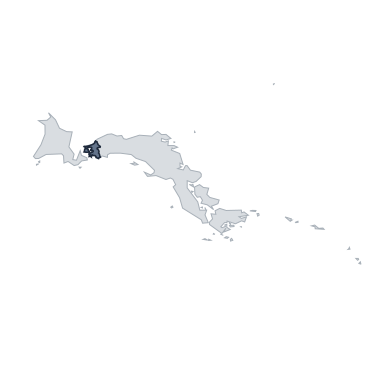 Aomori on a map of Japan (Equal Earth projection), rotated 254°
{"feature_id": "JPN-1863", "entity_name": "Aomori", "entity_type": "Prefecture", "adm_level": 1, "iso_a3": "JPN", "parent_name": "Japan", "parent_adm1": "", "projection": "equal_earth", "projection_center": [140.822, 40.879], "detail": "fine", "context": "in_parent", "style": "filled", "palette": "slate", "viewbox_px": 384, "rotation_deg": 254, "n_neighbors": 0, "source": "natural_earth", "source_scale": "10m", "svg_char_len": 7076}
<svg xmlns="http://www.w3.org/2000/svg" viewBox="0 0 384 384"><g transform="rotate(254 192 192)"><path d="M260.4,99.8L265.5,101.1L265.3,109.8L268.9,115.4L270.7,126.6L270.0,130.8L266.5,135.3L265.7,140.0L262.1,140.9L260.7,143.4L261.1,157.1L256.8,168.8L259.8,175.6L255.6,178.5L254.5,182.9L249.3,186.5L249.2,181.4L251.9,177.5L249.3,176.5L247.4,179.9L247.6,183.4L243.3,181.6L241.6,187.5L239.0,190.5L238.7,185.7L239.8,185.0L237.9,183.7L232.4,190.8L220.9,191.0L223.1,188.4L220.0,187.6L219.0,189.0L218.4,184.7L215.6,189.7L219.1,193.0L218.8,194.5L213.4,196.5L209.0,204.9L206.7,205.9L204.2,205.0L201.0,198.8L200.8,195.0L204.2,190.5L197.3,188.5L180.9,194.8L172.4,194.5L170.5,201.1L166.4,198.2L158.0,199.2L159.1,193.6L162.7,193.3L179.1,178.5L189.9,178.5L202.1,175.3L203.5,178.3L209.4,177.2L211.4,175.1L211.2,170.4L217.7,162.0L219.3,153.5L224.2,151.7L219.8,157.0L221.0,160.8L223.2,161.9L234.1,155.7L239.9,147.4L244.7,144.0L249.1,133.8L251.8,124.1L251.1,121.1L248.6,120.2L251.3,115.8L250.9,110.5L254.0,108.2L255.0,103.3L257.4,103.7L258.6,108.4L262.2,107.8L263.4,103.6L259.1,104.5L259.1,103.0L260.4,99.8ZM288.1,66.7L296.8,69.1L302.9,64.1L300.9,72.4L303.0,76.9L307.7,75.9L299.0,80.7L289.8,82.2L284.6,88.1L282.8,93.4L269.3,86.1L260.9,89.1L256.0,86.3L254.4,89.7L262.5,95.9L257.7,95.8L253.9,100.4L251.6,100.2L252.3,94.5L249.7,89.9L249.9,86.0L255.5,81.3L255.1,76.9L262.3,78.5L264.6,77.2L268.3,62.1L266.5,53.8L267.3,50.7L269.9,49.4L279.0,59.8L288.1,66.7ZM160.4,204.3L165.8,204.3L164.0,208.8L167.6,209.0L168.6,214.1L164.8,219.8L161.0,234.4L158.3,234.0L158.5,236.5L154.1,239.8L155.3,230.3L153.0,232.2L153.1,237.5L148.7,234.4L150.6,231.7L149.5,225.0L154.4,217.7L153.0,217.2L153.6,214.8L150.6,210.1L149.4,211.1L149.7,214.6L151.3,214.5L151.4,216.6L148.5,215.7L145.4,218.4L144.8,211.7L147.9,214.6L143.9,209.3L155.9,199.9L158.3,200.6L160.4,204.3ZM189.1,194.2L196.1,195.8L197.0,201.3L193.2,204.2L191.1,209.1L185.6,205.6L181.9,207.6L176.8,215.9L173.6,213.7L173.0,206.7L169.1,207.9L175.5,203.1L178.7,197.6L181.2,199.8L185.2,198.7L185.5,195.6L189.1,194.2ZM126.4,300.8L122.1,303.8L121.3,307.9L119.7,308.7L122.7,300.3L124.7,300.6L126.5,297.6L126.4,300.8ZM236.8,144.5L233.3,147.6L233.6,144.3L236.1,141.2L235.6,144.4L236.8,144.5ZM142.4,274.6L138.8,280.1L136.8,278.3L142.4,274.6ZM148.5,223.1L147.2,222.9L147.9,219.1L149.5,218.8L148.5,223.1ZM199.1,195.0L196.4,194.9L200.0,191.5L198.9,193.5L199.1,195.0ZM153.0,250.2L151.2,250.2L150.7,248.5L153.3,248.5L153.0,250.2ZM143.6,191.6L141.3,193.9L143.4,189.6L143.6,191.6ZM156.6,248.4L155.7,247.7L157.9,242.4L157.7,245.0L156.6,248.4ZM134.2,215.5L135.9,215.8L136.5,217.3L134.3,217.9L134.2,215.5ZM142.0,195.0L140.4,196.9L140.8,194.6L142.0,195.0ZM78.5,334.6L76.3,334.5L76.3,334.1L77.4,332.7L78.5,334.6ZM184.0,169.2L182.6,169.5L182.3,168.0L183.3,167.4L184.0,169.2ZM138.4,214.7L137.7,213.2L139.0,210.7L139.6,212.6L138.4,214.7ZM83.0,331.2L82.3,333.5L81.2,333.6L80.7,332.4L83.0,331.2ZM134.7,285.8L133.7,285.7L133.9,283.3L134.4,283.1L134.7,285.8ZM263.8,54.2L262.4,53.8L262.3,53.2L263.4,52.8L263.8,54.2ZM152.5,219.1L150.7,220.5L150.2,219.9L152.5,219.1ZM246.4,92.2L245.7,90.9L247.0,90.4L246.4,92.2ZM171.1,200.6L172.2,200.1L173.6,200.1L171.1,200.6ZM261.5,50.1L261.3,52.4L260.7,49.9L261.5,50.1ZM143.1,208.6L141.7,210.1L143.8,207.6L143.1,208.6ZM95.4,328.0L93.5,328.1L93.8,326.1L94.3,327.1L95.4,328.0ZM146.2,201.2L145.1,202.4L145.6,200.8L146.2,201.2ZM193.0,191.7L192.2,193.2L191.6,191.9L193.0,191.7ZM137.7,279.4L137.4,280.4L137.0,279.1L137.7,279.4ZM245.1,188.4L244.7,189.6L244.5,188.4L245.1,188.4ZM145.2,229.8L144.3,230.1L145.2,229.2L145.2,229.8ZM174.7,196.6L174.7,197.9L173.8,197.7L174.7,196.6ZM249.5,211.2L248.5,211.5L248.5,210.8L249.5,211.2ZM273.4,300.0L273.5,301.4L272.9,299.9L273.4,300.0Z" fill="#d9dde1" stroke="#a8b0b8" stroke-width="1"/><path d="M250.6,113.6L250.6,113.0L250.6,112.4L250.6,112.1L250.5,111.8L250.3,111.6L250.0,111.6L249.8,111.5L249.8,111.3L250.0,111.1L250.2,110.9L250.5,110.8L250.6,110.5L250.8,110.4L250.9,110.2L251.1,109.9L251.2,109.6L251.6,109.2L251.9,109.3L252.1,109.5L252.4,109.5L252.6,109.5L252.7,109.3L253.1,109.0L253.3,109.1L253.6,109.0L253.7,108.9L253.9,108.7L254.1,107.9L254.2,107.1L254.3,106.8L254.3,106.5L254.3,106.3L254.4,105.9L254.5,106.2L254.6,106.3L254.8,106.3L255.0,106.4L254.9,106.1L254.9,105.9L255.0,105.9L255.1,105.7L254.9,105.8L254.6,105.8L254.6,105.7L254.4,105.7L254.4,105.3L254.4,105.2L254.2,104.8L254.0,104.7L253.8,104.7L253.6,104.7L254.0,104.4L254.2,104.5L254.4,104.3L254.4,104.0L254.5,103.8L254.4,103.7L254.5,103.2L254.5,102.9L254.7,103.0L254.9,103.1L255.1,103.2L255.2,103.4L255.5,103.7L255.7,103.9L256.0,103.9L256.2,103.7L256.4,103.4L256.6,103.3L257.0,103.4L257.4,103.8L257.5,104.0L257.5,104.4L257.4,104.8L257.4,105.1L257.5,105.3L257.5,105.7L257.6,106.1L257.8,107.6L258.1,108.1L258.6,108.4L259.0,108.3L259.4,108.0L259.6,107.7L259.8,107.3L259.7,107.3L259.7,107.1L259.8,107.0L259.7,106.9L259.6,107.0L259.5,106.9L259.6,106.7L259.8,106.5L259.7,106.5L259.8,106.4L259.9,106.1L260.1,106.1L260.2,106.3L260.4,106.3L260.5,106.4L260.6,106.5L260.8,106.8L260.8,107.1L261.1,107.2L261.4,107.3L261.5,107.3L261.7,107.5L261.8,107.7L261.9,107.8L262.1,107.9L262.3,107.9L262.5,107.8L262.6,107.7L262.8,107.4L263.2,106.4L263.3,106.0L263.4,105.2L263.5,105.0L263.4,104.9L263.5,104.7L263.7,104.3L263.7,103.9L263.5,103.5L263.3,103.2L263.0,102.8L262.8,102.7L262.6,102.7L262.5,102.9L262.4,103.0L262.5,103.1L262.1,103.5L261.9,103.5L261.7,103.7L261.6,103.9L261.4,103.9L261.1,103.7L260.9,103.8L260.8,103.7L260.7,103.8L260.5,104.0L260.1,104.0L259.9,104.1L259.7,104.1L259.3,104.4L259.2,104.6L258.7,104.4L258.7,103.9L258.7,103.7L258.8,103.6L258.9,103.2L259.0,102.7L259.0,102.4L259.1,102.1L259.2,101.9L259.3,101.6L259.3,101.3L259.4,100.9L259.6,100.7L259.9,100.2L260.0,100.1L260.1,99.8L260.1,99.7L260.1,99.3L260.2,99.2L260.3,99.4L260.5,99.5L260.8,99.9L261.0,100.0L261.7,100.1L262.1,100.3L262.4,100.7L262.6,100.9L262.8,101.0L262.9,101.3L263.3,101.5L263.7,101.7L264.1,101.7L264.4,101.6L264.8,101.5L265.0,101.2L265.4,100.9L265.5,100.7L265.6,100.8L265.6,101.1L265.5,101.3L265.4,101.5L265.2,102.0L265.0,103.0L265.0,103.3L264.9,104.2L264.9,104.5L264.9,104.8L264.9,105.1L264.8,105.9L264.8,106.5L264.9,107.1L264.9,107.3L265.0,108.6L265.2,109.8L265.3,110.5L265.7,111.5L265.8,111.7L265.9,111.9L266.1,112.2L266.3,112.3L266.5,112.2L266.8,112.3L267.2,112.7L267.7,113.3L266.8,113.9L266.7,114.0L266.7,114.3L266.5,114.5L266.3,114.6L266.1,114.5L265.7,114.4L265.3,114.5L264.8,114.7L264.5,114.8L264.3,114.7L264.2,114.6L263.4,114.8L261.9,115.8L261.3,116.3L261.2,116.4L260.9,116.4L260.3,116.0L260.4,115.7L260.4,115.3L260.5,115.0L260.5,114.8L260.5,114.7L260.7,114.4L260.7,114.2L260.6,113.9L260.6,113.7L260.4,113.6L260.5,113.5L260.5,113.4L260.5,113.2L260.4,113.1L260.2,112.9L259.7,112.7L259.2,112.8L258.9,113.2L258.8,113.3L258.6,113.4L258.2,113.7L257.7,113.8L257.4,113.8L257.3,113.7L257.2,113.7L256.8,113.7L256.7,113.8L256.4,113.8L255.8,113.4L255.4,113.2L255.2,112.9L255.0,113.0L254.7,113.1L254.4,113.3L254.1,113.4L252.4,113.4L252.1,113.3L252.0,113.2L251.8,113.2L251.6,113.2L251.4,113.4L251.3,113.5L251.1,113.6L250.6,113.6L250.6,113.6Z" fill="#64748b" stroke="#1e293b" stroke-width="1.5"/></g></svg>